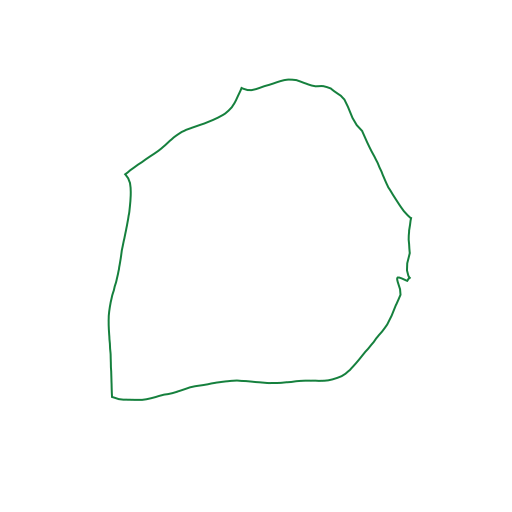 outline of Sah, Hadramawt, Yemen, rotated 21°
{"feature_id": "15242507B46813891716840", "entity_name": "Sah", "entity_type": "district", "adm_level": 2, "iso_a3": "YEM", "parent_name": "Yemen", "parent_adm1": "Hadramawt", "projection": "orthographic", "projection_center": [48.896, 15.508], "detail": "fine", "context": "isolated", "style": "outline", "palette": "green", "viewbox_px": 512, "rotation_deg": 21, "n_neighbors": 0, "source": "geoboundaries", "source_scale": "gbopen_adm2", "svg_char_len": 4133}
<svg xmlns="http://www.w3.org/2000/svg" viewBox="0 0 512 512"><g transform="rotate(21 256 256)"><path d="M387.2,165.0L386.4,165.0L383.4,163.8L382.3,163.3L379.5,161.9L377.9,161.1L373.8,158.4L371.5,156.8L370.4,156.0L366.0,152.8L361.8,149.7L358.1,146.8L356.9,145.9L354.9,144.5L353.8,143.4L352.1,141.8L351.0,140.7L349.4,139.1L347.0,136.6L346.5,136.1L345.4,135.0L342.9,132.2L339.5,129.0L336.6,125.9L335.9,125.2L333.5,123.1L330.9,120.7L329.7,119.7L329.0,119.1L326.4,116.9L322.9,113.7L319.0,110.0L316.3,107.3L313.5,104.5L312.7,103.7L310.7,101.7L310.4,101.3L303.1,97.7L296.6,92.5L288.3,83.7L282.4,78.2L281.5,77.8L280.0,77.1L277.8,76.0L273.9,75.1L269.8,74.1L267.2,73.3L265.8,72.8L261.7,72.9L258.0,73.3L257.1,73.6L256.6,73.7L254.1,74.8L250.9,76.2L246.9,76.9L243.3,77.1L242.6,77.1L241.2,77.1L238.8,77.2L237.8,77.2L235.1,77.2L231.8,77.3L230.8,77.3L226.7,78.4L223.8,79.4L223.2,79.6L221.8,80.3L219.3,81.7L216.1,84.0L213.1,86.4L210.3,88.8L209.3,89.6L206.7,91.7L204.9,93.0L202.9,94.5L201.5,95.7L199.1,97.8L196.2,100.2L195.9,100.4L192.5,102.7L188.7,104.1L184.0,104.4L182.3,104.3L182.3,105.8L182.2,108.0L181.8,113.0L181.5,117.9L181.2,120.3L181.0,121.7L180.7,122.9L180.1,125.8L178.3,130.1L176.2,134.0L174.8,135.9L173.7,137.2L170.7,140.7L169.7,141.7L167.1,144.4L163.7,147.6L162.1,149.1L160.3,150.8L157.0,153.5L152.4,157.4L149.9,159.5L149.4,160.0L148.9,160.4L145.5,163.3L144.3,164.7L142.2,166.8L139.6,170.4L138.3,172.3L136.7,174.8L135.4,177.4L134.3,179.3L133.3,181.4L131.5,185.1L129.8,188.2L129.2,189.4L127.1,192.9L124.3,197.0L121.4,201.0L118.4,205.3L115.9,209.2L113.1,213.0L110.4,217.2L108.0,220.8L107.8,221.1L106.1,224.3L105.5,225.2L104.6,226.6L105.5,227.1L108.9,229.3L109.4,229.9L112.2,233.0L114.5,237.3L116.2,241.3L117.3,244.3L117.5,244.9L119.1,249.9L120.5,254.9L121.9,260.1L122.4,262.4L122.6,263.8L123.5,267.9L123.6,268.5L124.3,272.3L124.6,273.8L125.1,276.8L125.4,278.4L125.9,281.5L126.8,286.8L127.0,288.4L127.4,290.9L128.1,295.0L128.7,298.8L129.9,303.8L130.6,306.9L130.8,307.9L131.4,310.8L131.9,313.3L132.3,315.5L132.8,317.5L133.1,319.6L133.6,322.3L134.2,326.7L134.6,329.4L134.8,331.1L135.0,335.0L135.6,339.1L135.7,341.6L135.8,343.1L135.9,344.4L136.3,347.0L136.9,351.2L137.8,355.9L138.8,360.3L140.0,364.7L140.8,366.9L141.6,369.2L142.1,370.4L143.1,373.0L144.9,377.2L147.1,382.0L148.0,383.9L149.0,386.2L151.0,390.2L153.0,394.8L155.0,398.8L155.6,400.1L156.9,403.3L158.7,407.6L160.4,411.8L162.2,415.7L163.7,419.3L165.5,423.6L165.9,424.6L167.1,427.4L168.2,430.1L168.7,431.3L170.3,435.1L172.1,439.2L174.6,439.0L179.1,438.8L183.5,437.7L188.1,436.0L193.4,434.1L197.3,432.6L200.0,431.6L201.1,431.2L204.9,429.1L209.0,426.4L212.9,423.6L215.0,421.9L216.6,420.7L217.6,420.0L219.8,418.4L220.7,417.9L223.3,416.5L227.1,414.0L231.0,411.0L231.0,410.9L233.9,408.6L235.1,407.6L238.0,405.2L239.3,404.1L241.4,402.3L245.2,399.8L246.0,399.3L248.5,397.9L253.0,395.4L256.2,393.5L256.6,393.3L260.0,391.0L263.6,388.9L264.2,388.5L268.1,386.4L268.6,386.1L273.1,383.7L274.0,383.3L277.5,381.5L282.8,379.1L284.5,378.6L287.0,377.9L291.7,376.3L296.7,374.9L300.9,373.8L304.7,372.6L310.0,371.1L311.8,370.6L313.6,370.0L317.3,368.5L321.0,367.1L324.7,365.5L325.7,365.0L328.8,363.4L330.0,362.8L330.6,362.6L334.2,360.9L338.4,358.5L342.2,356.7L347.2,354.5L351.8,352.8L355.4,351.4L356.1,351.1L359.0,350.2L360.3,349.7L364.4,348.0L368.0,346.2L371.6,343.8L375.5,340.7L379.0,337.5L381.7,333.9L383.5,330.5L384.5,328.8L385.3,326.6L386.2,324.4L387.9,319.9L389.2,316.2L390.7,311.5L392.4,306.2L393.9,302.5L395.4,297.8L395.9,296.4L396.7,294.2L397.4,291.3L397.7,290.0L398.6,287.4L399.1,285.8L399.8,284.0L400.8,281.3L401.3,279.5L402.0,277.1L403.0,273.1L403.1,272.4L403.5,268.2L403.9,264.2L404.0,263.1L404.1,257.3L404.2,251.4L404.3,251.2L404.6,245.8L404.8,240.4L402.4,235.4L397.6,229.4L396.3,227.5L395.8,226.2L396.0,225.3L397.4,224.8L400.0,224.7L405.2,225.0L406.1,225.0L406.4,223.6L406.6,222.2L406.8,221.7L407.2,221.6L407.3,221.6L407.4,221.3L406.9,221.1L405.6,220.1L405.2,219.7L402.1,215.3L399.8,208.6L399.0,202.0L398.5,198.1L398.4,198.0L396.6,194.3L394.7,190.1L392.7,186.1L391.3,182.2L390.3,178.7L389.8,177.3L388.7,172.0L387.6,167.5L387.2,165.0Z" fill="none" stroke="#15803d" stroke-width="2"/></g></svg>